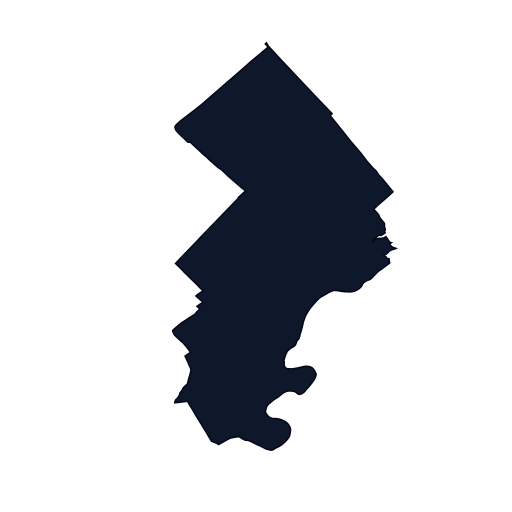 Isvoarele, Giurgiu, Romania (Natural Earth projection), rotated 146°
{"feature_id": "2599482B48168115040378", "entity_name": "Isvoarele", "entity_type": "district", "adm_level": 2, "iso_a3": "ROU", "parent_name": "Romania", "parent_adm1": "Giurgiu", "projection": "natural_earth1", "projection_center": [26.306, 44.155], "detail": "fine", "context": "isolated", "style": "filled", "palette": "ink", "viewbox_px": 512, "rotation_deg": 146, "n_neighbors": 0, "source": "geoboundaries", "source_scale": "gbopen_adm2", "svg_char_len": 6116}
<svg xmlns="http://www.w3.org/2000/svg" viewBox="0 0 512 512"><g transform="rotate(146 256 256)"><path d="M326.9,294.8L326.5,292.9L324.7,284.0L324.7,283.2L323.0,275.0L320.8,264.4L320.4,261.5L319.3,256.7L325.0,256.8L327.9,256.6L328.2,256.2L325.9,247.8L326.1,247.3L327.1,247.3L329.3,247.4L333.1,247.3L332.3,244.1L332.4,243.5L334.4,243.1L335.4,243.0L337.6,242.4L338.5,242.0L339.9,241.9L343.7,242.0L346.0,242.2L347.0,242.1L349.7,242.1L354.3,242.2L355.8,242.2L364.2,241.3L366.2,241.0L366.7,240.8L367.1,240.3L367.7,237.4L367.7,235.9L367.1,232.9L366.4,229.9L364.8,223.5L364.9,223.0L364.6,221.0L364.4,218.7L364.1,212.8L370.8,212.7L372.0,205.2L372.2,204.4L372.4,203.4L372.7,201.7L372.9,200.0L373.0,199.7L373.3,198.7L373.5,198.3L373.8,197.8L374.6,196.9L375.3,196.2L378.2,193.7L379.4,192.8L383.3,189.3L384.2,188.6L384.7,188.3L385.7,188.1L388.2,187.8L389.1,187.6L390.8,187.1L391.2,186.8L391.6,186.5L392.2,186.1L392.7,185.9L394.0,185.6L394.4,185.3L394.8,185.2L395.4,185.1L396.2,184.4L397.1,183.8L397.6,183.4L398.1,183.1L398.6,183.0L398.7,182.7L400.4,182.2L402.8,181.7L404.3,180.9L404.8,180.5L405.1,180.2L405.5,179.8L404.1,179.0L401.2,177.5L397.7,175.7L393.9,173.7L394.3,171.4L394.6,163.4L394.9,159.0L395.0,158.1L395.2,152.4L395.3,150.5L395.4,148.5L395.4,147.1L395.6,144.2L395.7,142.8L395.8,138.7L396.0,136.2L396.1,133.7L396.3,130.7L396.3,129.9L396.5,127.3L395.3,125.6L394.4,124.4L393.5,122.9L392.9,121.8L392.4,120.6L387.9,120.2L385.1,120.0L383.0,119.8L380.6,119.6L379.2,119.3L378.8,119.3L377.0,118.5L375.9,118.0L374.2,117.3L372.8,116.6L371.8,116.1L371.6,116.0L370.7,114.9L370.4,114.1L369.9,113.1L369.1,111.2L368.9,110.8L368.4,110.1L368.0,109.4L367.2,108.7L366.5,108.2L365.5,107.3L364.4,105.8L360.4,98.7L358.4,95.6L355.9,91.0L355.0,89.7L353.0,87.5L352.2,86.7L351.4,86.2L350.6,85.9L349.6,85.8L348.2,85.8L347.2,85.8L344.0,85.3L343.0,85.2L342.2,85.2L341.3,85.1L339.2,85.2L337.6,85.4L335.5,85.7L333.8,86.1L332.0,86.6L330.7,87.1L329.6,87.6L328.6,88.3L327.5,89.2L325.9,91.0L325.0,92.0L324.5,92.7L323.8,94.1L323.6,94.6L323.4,96.7L323.4,99.0L323.6,100.2L324.1,101.7L324.8,103.2L325.5,104.4L326.3,105.7L327.2,106.9L327.9,107.8L329.0,108.8L330.2,109.9L331.4,110.8L332.2,111.3L332.9,111.9L333.3,112.2L334.3,113.5L334.8,114.2L335.2,115.4L335.5,116.5L335.6,117.4L335.7,118.4L335.7,119.2L335.6,120.4L335.5,120.9L334.8,122.1L334.3,122.7L333.4,123.5L332.3,124.4L331.5,125.0L330.4,125.6L329.2,126.0L327.3,126.3L324.8,126.5L321.9,126.8L320.3,126.8L317.6,126.7L316.4,126.7L315.1,126.8L311.9,127.1L309.8,127.2L308.6,127.1L306.3,126.7L305.6,126.4L305.1,126.2L303.9,125.5L302.9,124.9L301.5,123.7L300.7,122.9L299.7,121.9L299.4,121.4L299.1,120.7L298.7,119.1L298.2,117.9L297.8,117.4L297.6,117.2L297.1,116.8L296.6,116.7L296.0,116.4L294.7,116.2L293.9,116.2L293.1,116.2L291.8,116.3L288.7,117.2L285.6,118.0L281.2,119.3L278.2,120.4L276.6,121.1L274.5,122.3L272.8,123.7L272.1,124.6L272.0,125.9L271.6,127.6L271.6,129.6L271.8,131.6L272.8,133.5L274.3,135.2L276.4,136.8L277.3,137.3L281.7,139.0L285.1,140.3L289.4,142.4L290.3,143.0L293.1,145.1L293.6,145.7L293.9,146.6L294.1,147.9L293.9,148.8L293.7,149.5L293.5,150.1L293.1,150.7L292.8,150.9L292.4,151.4L291.3,153.7L290.6,154.4L288.7,155.9L287.2,157.1L284.9,158.6L284.2,159.0L283.2,159.5L282.0,159.8L280.2,160.0L278.7,160.1L277.7,160.1L276.4,159.9L274.3,159.9L273.0,160.3L271.8,161.0L270.7,162.0L269.9,162.5L268.8,162.9L267.9,163.2L267.0,163.3L266.2,163.8L265.2,164.6L262.5,167.1L261.2,168.0L260.0,169.0L259.2,169.7L257.6,171.0L256.3,172.3L253.3,175.1L251.2,176.6L248.9,178.4L246.0,179.9L242.3,181.6L238.9,182.8L235.4,183.8L230.9,184.9L227.7,185.6L225.6,185.7L223.9,185.6L223.0,185.5L221.7,185.4L219.8,185.3L218.5,185.2L216.0,185.1L212.9,184.5L210.9,184.0L209.2,182.9L207.7,181.6L204.8,178.8L203.0,177.2L198.1,173.6L195.5,172.3L193.7,171.7L191.1,171.3L188.5,171.3L186.8,171.5L185.3,172.0L183.7,172.8L182.9,173.4L180.1,173.8L178.3,173.6L176.5,173.3L174.9,172.8L173.4,172.8L172.4,173.0L164.4,174.7L162.0,174.9L159.5,174.9L149.3,175.4L149.0,175.6L148.5,176.5L148.1,177.9L148.1,178.1L148.3,178.3L148.4,178.6L148.2,178.7L148.0,178.8L147.5,178.7L147.3,178.8L147.2,178.9L147.2,179.1L147.4,179.5L147.9,180.0L148.2,180.3L148.4,180.6L148.6,180.7L149.1,180.9L149.2,181.1L149.3,181.3L149.1,181.7L148.9,181.9L148.7,182.4L148.7,182.8L148.9,183.4L149.1,183.8L149.2,184.1L148.9,185.1L148.9,185.8L148.5,185.5L148.0,185.4L147.7,185.2L147.2,184.8L146.9,184.6L146.6,184.7L146.0,184.9L145.0,185.0L144.4,185.1L143.7,185.3L142.5,185.5L141.0,185.3L140.2,185.3L138.5,184.7L136.9,184.2L135.6,184.0L136.9,185.7L137.6,186.6L138.0,187.4L138.3,188.3L138.5,189.8L138.7,190.6L138.6,191.0L138.1,191.3L136.3,191.3L137.3,192.5L137.4,193.4L137.4,196.8L137.4,199.5L138.9,199.4L139.7,199.5L140.4,199.7L140.8,200.0L142.4,200.5L143.0,200.9L143.6,201.6L144.2,201.9L144.6,202.1L145.4,202.2L146.2,202.4L148.3,203.1L148.6,203.0L149.5,203.0L150.3,202.9L151.4,202.8L151.2,203.2L149.8,203.5L149.2,203.6L147.1,203.7L146.6,203.8L145.9,204.1L144.2,204.5L143.6,204.5L143.2,204.5L142.8,204.6L141.9,204.1L141.6,203.9L141.4,203.6L141.1,203.2L140.5,203.1L139.7,203.0L136.0,202.9L135.7,204.8L134.9,204.9L134.6,205.1L134.3,205.3L133.9,205.9L133.5,207.2L133.4,207.7L132.9,208.6L132.0,210.0L131.5,210.8L131.4,211.0L131.3,211.6L131.3,212.1L131.7,215.8L131.9,218.5L131.6,220.1L131.3,220.9L131.2,221.3L131.9,226.8L132.2,229.0L125.5,230.1L115.2,231.3L106.5,232.6L108.1,249.7L108.8,253.9L108.9,257.2L108.9,259.9L109.8,263.1L111.0,272.7L111.5,282.2L113.5,299.6L114.1,308.1L116.0,331.0L113.3,331.4L117.5,355.6L125.7,405.6L127.6,418.1L128.4,423.4L128.1,426.9L129.7,426.6L129.1,422.4L151.5,420.1L166.6,418.1L181.7,416.3L209.6,412.9L215.1,412.1L227.3,411.2L242.7,410.3L248.2,409.5L249.4,409.2L250.4,408.8L251.0,408.3L251.4,407.7L251.5,407.4L251.8,406.0L252.1,404.5L251.1,398.8L250.7,396.9L249.7,392.7L249.0,388.9L248.6,388.2L248.0,387.8L247.1,387.2L246.8,386.8L246.6,386.2L245.8,382.4L244.5,376.9L242.8,369.4L241.6,365.7L241.2,363.0L240.2,358.9L238.5,352.6L237.9,350.4L236.3,346.6L234.4,337.6L233.0,332.5L230.2,321.9L228.3,315.8L237.6,314.5L237.4,314.0L244.5,312.5L287.5,303.4L293.1,302.2L295.5,301.6L320.0,296.4L326.9,294.8Z" fill="#0f172a" stroke="#020617" stroke-width="1.5"/></g></svg>